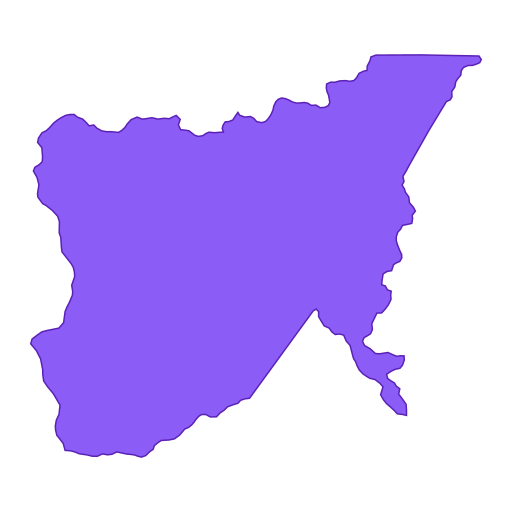 Novo Oriente, Ceará, Brazil
{"feature_id": "56859067B35881063339483", "entity_name": "Novo Oriente", "entity_type": "district", "adm_level": 2, "iso_a3": "BRA", "parent_name": "Brazil", "parent_adm1": "Ceará", "projection": "albers", "projection_center": [-40.749, -5.598], "detail": "fine", "context": "isolated", "style": "filled", "palette": "violet", "viewbox_px": 512, "rotation_deg": 0, "n_neighbors": 0, "source": "geoboundaries", "source_scale": "gbopen_adm2", "svg_char_len": 3869}
<svg xmlns="http://www.w3.org/2000/svg" viewBox="0 0 512 512"><path d="M65.1,450.4L70.7,450.8L75.3,452.1L79.0,453.7L82.7,454.3L87.1,454.9L92.1,456.2L97.2,456.3L102.5,453.9L107.5,454.8L111.8,454.3L116.9,451.9L121.3,452.9L127.1,454.1L130.6,454.4L134.6,455.0L138.1,456.3L141.4,457.1L145.7,455.6L149.8,451.6L153.2,449.3L154.3,445.7L157.4,443.1L161.1,440.5L165.1,440.2L168.9,440.0L174.4,438.9L179.7,435.0L184.8,429.0L188.4,427.5L191.5,425.1L193.9,422.4L195.9,419.5L198.7,416.3L201.7,414.5L205.8,414.5L210.3,416.9L216.5,416.8L220.2,412.8L223.9,410.4L227.6,406.8L233.5,404.6L237.9,403.3L240.6,400.3L244.6,398.9L249.5,398.3L313.2,310.9L316.2,309.1L318.6,311.6L318.6,316.6L321.1,320.9L324.2,325.9L329.1,328.1L331.9,331.9L335.2,334.5L339.4,334.0L343.7,335.1L346.1,340.8L350.1,345.5L351.4,350.5L352.6,355.2L353.6,358.7L355.7,361.9L356.9,365.3L359.2,369.9L362.9,373.8L366.8,376.5L370.0,378.4L374.9,379.5L379.7,383.1L383.0,386.8L380.6,394.7L383.3,399.6L386.6,403.7L390.6,407.1L394.8,411.0L397.2,413.8L402.1,414.4L406.5,415.4L406.5,409.8L406.1,404.3L401.9,398.3L398.7,394.1L399.8,388.8L396.1,385.9L394.5,383.0L390.4,380.5L387.7,378.5L386.6,374.3L391.0,371.3L395.2,369.3L399.9,368.3L402.5,365.2L404.3,360.0L404.0,355.8L400.3,355.8L396.8,356.3L393.2,354.9L387.9,352.5L382.9,353.3L379.5,353.8L375.4,353.5L370.2,348.8L364.5,345.5L362.5,341.3L364.1,337.6L367.5,335.7L370.5,333.8L372.4,329.6L371.8,323.7L374.2,318.7L376.9,313.1L381.7,312.9L385.3,309.0L388.3,304.9L391.0,299.4L390.7,294.9L391.2,291.2L387.4,289.8L385.3,285.9L381.7,284.8L382.1,280.1L383.1,273.9L387.2,271.4L391.6,270.7L393.6,264.6L396.5,262.8L399.8,261.4L401.8,257.9L401.6,254.4L400.0,251.1L397.7,245.4L396.3,241.0L396.3,236.8L397.7,232.3L400.5,229.3L402.5,225.4L406.9,224.5L411.8,223.4L412.6,218.8L412.2,215.2L415.4,211.1L413.3,207.1L409.5,202.8L408.8,197.0L405.4,192.2L404.4,188.8L402.1,185.1L404.0,181.5L402.9,176.3L405.8,171.7L409.3,165.1L428.8,130.6L446.3,101.7L450.4,99.7L452.0,96.7L451.7,91.6L454.8,87.0L455.8,81.7L457.9,78.5L460.8,75.1L461.3,70.7L463.4,67.5L467.9,65.5L472.5,65.4L476.5,64.1L479.8,62.6L481.3,59.5L479.0,56.0L421.0,54.9L375.9,55.1L371.0,56.9L369.9,60.9L367.2,66.1L367.1,70.4L363.5,71.2L359.1,73.3L356.6,77.6L354.0,80.5L349.8,81.3L345.3,80.6L339.7,80.9L334.8,82.3L330.8,82.1L326.6,84.0L326.3,88.1L327.0,91.6L328.6,95.4L329.2,98.6L329.8,102.6L328.3,105.6L325.0,107.3L320.2,107.7L316.0,105.1L311.4,105.4L307.6,103.1L304.1,102.5L300.7,102.9L297.0,103.1L293.0,102.2L288.6,99.9L285.4,98.6L281.5,98.0L278.2,99.3L275.8,101.8L273.8,106.0L272.9,110.3L270.8,114.9L268.2,118.7L265.8,121.3L261.8,122.7L256.7,121.6L253.7,118.3L250.5,116.5L244.8,117.1L239.6,115.2L237.9,112.4L235.5,115.8L232.8,120.0L228.7,121.6L225.3,121.8L223.3,124.7L222.2,128.4L223.4,132.2L219.6,132.3L214.5,132.7L209.0,132.2L205.9,133.5L202.8,135.7L198.3,136.4L194.6,135.2L189.0,130.8L185.5,130.2L180.6,129.7L178.4,124.9L180.2,119.4L176.2,115.4L172.6,117.0L169.4,118.7L164.1,118.3L157.9,119.1L151.9,117.7L145.9,118.7L142.2,119.1L137.1,117.1L131.2,119.6L127.2,124.0L124.9,127.5L121.8,130.4L118.5,132.4L111.2,131.7L106.5,131.7L101.6,130.8L96.8,128.1L93.8,125.0L89.1,125.8L86.6,122.9L82.7,119.1L77.1,117.0L74.2,114.5L69.9,114.5L65.5,115.4L60.6,118.0L57.5,120.0L53.7,123.0L49.7,127.5L46.4,130.6L42.0,132.8L38.5,138.0L37.6,142.4L41.8,147.7L42.6,156.8L42.2,161.8L39.1,164.7L34.9,167.3L33.4,171.0L37.1,177.6L38.9,184.8L37.5,193.9L37.9,197.2L42.6,203.6L46.2,205.6L52.3,210.4L57.7,216.3L59.4,221.6L59.2,232.9L60.8,237.4L61.4,247.4L62.0,251.9L71.2,263.7L73.2,267.2L74.4,271.9L74.7,276.6L71.7,285.2L72.7,291.7L72.4,295.2L69.4,302.3L66.8,307.4L65.1,311.5L63.6,322.6L58.9,328.1L47.1,330.5L42.0,331.8L37.9,334.6L32.1,339.0L30.7,343.8L36.4,350.7L40.6,358.9L42.7,369.6L42.8,374.7L43.7,381.0L47.4,386.5L53.4,393.8L60.0,405.1L59.0,414.4L56.3,420.2L55.3,426.2L55.6,430.1L56.8,435.2L63.2,443.4L65.1,450.4Z" fill="#8b5cf6" stroke="#5b21b6" stroke-width="1.5"/></svg>